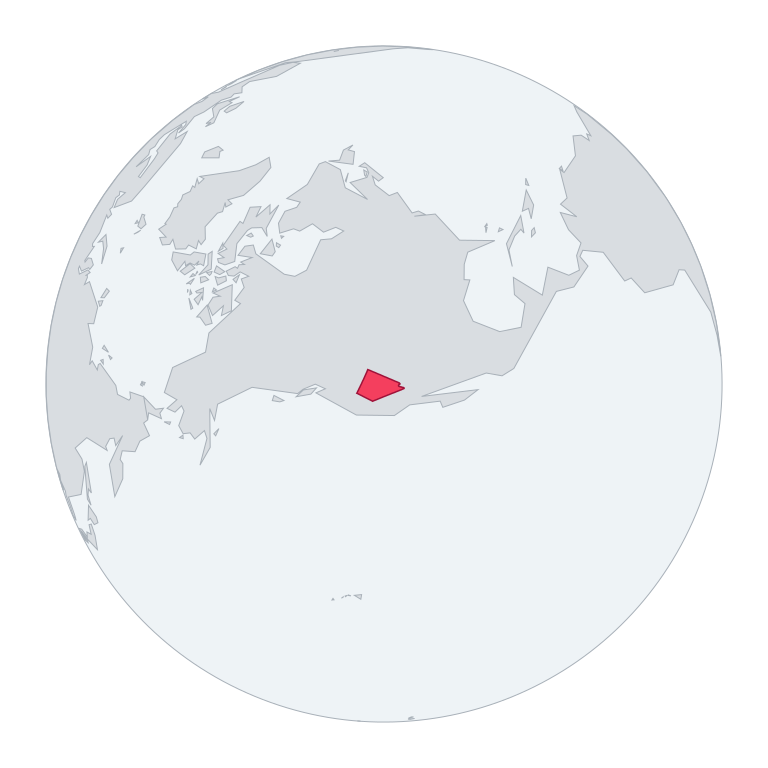 the Earth from above Nevada, rotated 294°
{"feature_id": "USA-3523", "entity_name": "Nevada", "entity_type": "State", "adm_level": 1, "iso_a3": "USA", "parent_name": "United States of America", "parent_adm1": "", "projection": "orthographic", "projection_center": [-115.554, 38.502], "detail": "fine", "context": "on_globe", "style": "filled", "palette": "rose", "viewbox_px": 768, "rotation_deg": 294, "n_neighbors": 0, "source": "natural_earth", "source_scale": "10m", "svg_char_len": 11597}
<svg xmlns="http://www.w3.org/2000/svg" viewBox="0 0 768 768"><g transform="rotate(294 384 384)"><circle cx="384" cy="384" r="338" fill="#eef3f6" stroke="#a8b0b8"/><path d="M91.0,544.4L91.9,546.4L91.0,544.4ZM670.3,563.5L668.0,567.1L666.2,569.8L652.4,589.4L637.1,607.9L620.6,625.3L619.5,626.3L619.1,626.7L598.1,645.4L575.6,662.3L551.8,677.3L553.7,676.2L546.3,680.4L564.1,668.4L582.6,653.3L610.4,612.4L608.4,607.1L592.2,607.8L573.4,585.1L581.4,566.7L576.0,562.0L593.5,530.7L587.0,511.2L580.2,511.1L574.7,522.4L549.9,518.0L538.7,503.8L451.0,496.3L439.5,488.5L435.6,472.9L387.9,423.4L417.1,472.2L402.1,464.1L386.6,447.2L391.2,442.3L375.4,416.0L359.4,406.3L344.4,371.4L348.2,325.4L355.8,332.4L355.9,321.3L346.3,312.2L340.1,309.0L327.3,264.8L297.9,240.2L281.8,244.0L290.7,234.8L255.4,251.0L235.0,248.9L262.3,244.4L268.4,238.9L256.7,233.5L260.5,226.8L256.9,220.7L262.5,213.4L278.0,212.3L281.8,207.9L273.3,204.5L273.5,195.7L285.4,201.2L286.9,186.8L313.1,184.2L340.5,208.0L359.4,203.3L399.1,220.2L399.8,213.6L415.3,217.0L421.9,210.9L427.4,216.6L427.9,207.0L421.6,203.1L419.8,197.7L423.0,194.0L430.6,200.3L430.1,203.1L434.0,203.1L436.4,207.9L437.1,203.5L445.9,212.1L442.2,198.3L453.3,200.9L457.8,208.1L450.8,214.0L443.7,248.2L446.1,258.8L456.5,267.0L490.0,267.5L495.3,277.0L507.4,285.0L507.5,276.2L498.1,267.0L501.3,253.5L489.4,244.8L489.0,238.3L479.4,227.4L488.0,222.2L501.5,223.3L509.9,232.4L516.1,233.5L513.9,219.8L535.1,232.8L558.7,235.3L563.3,240.0L562.1,256.9L547.5,268.8L545.9,293.9L554.3,271.1L565.8,284.4L570.8,284.2L574.4,280.1L572.8,272.8L578.3,276.4L572.2,299.4L567.1,296.5L569.1,288.9L562.3,295.0L558.2,312.1L564.4,318.3L551.7,340.1L556.0,345.1L555.6,353.1L549.6,343.5L560.1,361.7L546.1,394.5L560.1,427.0L538.5,406.9L526.0,408.6L511.9,414.7L514.0,420.1L492.5,422.7L477.6,439.9L478.9,468.3L491.6,486.2L514.8,480.1L518.7,466.8L534.0,458.8L529.6,492.5L557.4,486.2L558.5,508.6L567.5,516.2L579.7,507.7L593.0,506.6L600.0,489.8L612.4,475.3L615.2,492.1L620.1,472.1L628.4,475.6L651.5,457.3L650.4,462.5L670.3,466.1L687.5,455.8L691.5,462.9L689.9,472.4L694.9,467.5L694.9,472.0L710.9,449.6L715.6,444.4L713.1,459.9L704.6,490.3L697.3,510.5L685.0,537.6L670.3,563.5ZM177.9,450.4L178.9,442.9L182.5,449.2L177.9,450.4ZM176.8,437.3L177.0,440.0L176.3,437.5L176.8,437.3ZM174.5,434.7L176.2,436.6L174.0,435.2L174.5,434.7ZM171.0,432.2L173.0,433.3L172.7,433.4L171.0,432.2ZM562.0,438.8L593.5,440.4L578.8,450.5L581.0,446.1L572.4,443.2L557.3,443.6L543.5,453.4L562.0,438.8ZM166.5,426.1L165.5,424.3L167.4,424.6L166.5,426.1ZM569.0,414.5L563.7,415.6L568.4,413.1L569.0,414.5ZM336.6,308.9L345.8,312.8L353.0,323.9L345.0,321.3L336.6,308.9ZM323.4,288.7L328.8,288.1L328.2,299.3L325.3,296.1L323.4,288.7ZM269.3,248.8L276.1,251.3L268.2,251.3L269.3,248.8ZM255.5,221.1L252.4,222.8L251.9,219.0L255.5,221.1ZM475.4,231.1L477.4,229.4L478.1,232.3L475.4,231.1ZM469.3,228.3L468.8,233.0L465.8,232.4L466.2,229.5L469.3,228.3ZM259.8,204.6L260.0,198.5L262.5,204.5L259.8,204.6ZM470.8,222.7L460.6,230.8L455.5,229.8L452.7,218.0L470.8,222.7ZM261.8,194.8L261.9,180.7L255.1,182.7L274.6,169.7L268.0,185.5L272.2,192.4L266.2,191.1L261.8,194.8ZM418.2,203.5L425.0,207.5L416.3,207.7L418.2,203.5ZM413.0,205.0L388.8,214.8L380.4,207.6L390.2,205.5L376.8,199.5L384.6,191.1L393.7,192.5L397.6,198.7L397.6,190.9L413.0,205.0ZM285.3,165.2L287.7,162.0L288.2,165.2L285.3,165.2ZM418.3,195.6L414.2,198.0L406.6,191.8L413.5,186.0L413.7,189.8L418.3,195.6ZM369.5,202.3L365.1,197.1L370.2,188.7L369.1,185.6L384.1,190.3L369.5,202.3ZM417.1,189.4L417.2,183.3L423.8,183.0L421.9,192.9L417.1,189.4ZM401.7,192.8L398.4,189.7L402.5,189.5L401.7,192.8ZM447.2,179.4L442.4,181.8L438.0,178.7L447.2,179.4ZM416.8,181.1L414.5,181.3L412.2,180.5L413.6,176.6L416.8,181.1ZM386.6,184.3L389.7,182.1L380.8,181.9L384.2,176.1L393.6,180.4L391.0,176.1L392.0,174.3L398.5,180.0L386.6,184.3ZM408.2,170.4L421.3,174.7L431.1,170.5L435.3,173.1L418.7,179.4L408.2,170.4ZM401.9,175.5L406.8,172.8L409.5,177.0L407.9,181.4L401.9,175.5ZM383.2,170.7L375.5,178.5L373.7,177.3L383.2,170.7ZM410.5,168.3L407.3,167.4L410.9,167.5L410.5,168.3ZM391.0,168.9L388.5,171.7L386.5,170.3L391.0,168.9ZM403.0,163.4L407.2,164.6L406.3,167.5L403.0,163.4ZM397.0,165.2L395.0,162.6L403.4,167.8L396.3,166.6L397.0,165.2ZM389.5,167.1L387.6,167.2L390.9,166.1L389.5,167.1ZM404.2,152.0L415.0,157.9L412.9,164.1L402.7,157.5L404.2,152.0ZM709.4,292.9L707.7,288.7L700.9,269.1L694.1,256.3L642.3,172.1L637.5,163.4L603.9,127.5L600.8,124.8L619.7,141.8L637.2,160.2L653.3,179.8L667.8,200.6L680.8,222.5L692.1,245.2L701.6,268.7L709.4,292.9ZM511.2,70.9L512.9,71.6L515.0,72.5L539.1,83.8L562.2,96.9L568.1,102.8L574.9,106.7L570.5,102.2L573.3,104.1L573.8,104.4L574.5,104.9L580.2,108.9L579.3,108.3L583.2,114.0L600.6,129.7L632.7,159.0L640.8,170.0L643.0,177.1L621.3,160.7L605.7,138.3L597.8,133.5L592.3,135.7L588.1,129.1L583.9,127.6L577.2,120.0L559.3,108.9L551.2,102.0L536.0,97.9L529.7,94.2L540.5,97.4L543.6,96.5L522.5,82.0L516.0,79.3L507.8,78.1L503.0,74.9L497.8,75.7L481.6,69.2L497.0,78.2L487.8,78.5L473.6,75.3L473.3,77.4L496.4,82.7L503.2,83.6L504.5,81.5L525.3,86.9L534.3,92.0L523.0,93.5L534.6,101.5L520.8,100.3L466.8,84.7L448.5,79.0L435.4,65.7L444.4,65.5L453.6,69.9L452.6,64.3L449.1,65.4L445.1,63.2L435.3,63.9L432.0,62.4L428.2,66.1L423.1,64.3L425.6,62.0L406.7,62.8L393.8,60.7L391.1,61.7L391.9,63.4L375.1,60.4L373.8,61.3L378.9,62.6L379.7,65.6L374.6,70.0L369.0,68.6L370.1,66.8L364.1,61.7L367.8,57.9L365.1,57.9L360.5,61.0L367.8,67.1L366.3,70.2L361.5,67.2L363.1,68.5L360.6,69.7L353.0,69.9L357.7,73.3L337.8,91.2L321.0,94.3L318.9,89.0L299.2,102.9L281.8,107.1L286.5,108.0L280.2,116.4L285.5,115.1L287.3,116.3L273.6,139.6L266.1,144.8L265.5,157.6L267.9,158.3L273.4,155.1L274.6,169.7L255.1,182.7L250.6,180.3L241.4,190.8L232.5,184.2L220.9,184.1L216.5,172.0L207.7,173.7L205.1,177.8L191.2,183.9L171.6,183.9L198.9,165.8L230.6,166.2L218.6,164.0L224.8,159.4L222.5,155.7L213.8,155.1L210.7,158.1L214.1,134.3L199.9,127.9L192.6,138.6L182.4,145.8L159.9,152.2L152.4,141.7L138.7,154.5L134.1,158.3L137.7,153.2L144.5,147.3L153.1,138.7L156.4,136.7L164.4,127.8L169.5,124.6L173.2,120.1L165.7,126.1L156.7,134.5L157.5,133.2L175.6,118.0L194.7,104.1L214.8,91.5L235.6,80.4L257.2,70.8L279.5,62.7L302.2,56.1L325.4,51.2L348.8,47.9L372.4,46.3L396.0,46.3L419.6,48.0L443.1,51.3L466.2,56.2L488.9,62.8L511.2,70.9ZM667.3,202.9L670.4,207.1L667.3,202.9ZM652.1,456.5L655.2,457.5L651.8,460.6L652.1,456.5ZM578.4,458.9L584.3,456.4L587.9,457.6L583.7,460.8L578.4,458.9ZM623.8,432.3L629.7,429.8L624.3,435.5L623.8,432.3ZM598.1,440.1L619.1,435.0L608.4,447.9L594.8,451.3L603.2,444.6L598.1,440.1ZM569.6,426.5L573.6,426.0L573.5,429.9L569.6,426.5ZM572.3,412.7L571.0,413.8L568.3,411.9L572.3,412.7ZM566.2,283.0L566.9,281.3L571.3,278.5L570.8,282.5L566.2,283.0ZM581.2,251.8L589.7,258.4L583.3,256.1L584.3,262.5L572.1,266.4L565.1,242.6L570.4,252.4L581.2,251.8ZM553.9,266.0L562.4,265.5L553.3,267.1L553.9,266.0ZM567.7,129.9L568.3,127.0L575.0,130.2L585.2,141.2L575.6,136.5L567.7,129.9ZM567.4,122.5L553.4,122.3L546.4,116.2L552.7,119.5L549.5,115.5L558.8,119.9L565.9,115.2L572.3,117.9L587.7,135.3L579.2,127.8L579.2,130.7L567.4,122.5ZM529.7,139.5L523.5,141.3L516.5,125.5L523.1,125.8L533.7,136.1L532.2,141.9L529.7,139.5ZM467.9,201.3L466.0,204.4L463.9,202.5L463.8,198.2L467.9,201.3ZM445.3,180.8L474.0,186.3L473.3,189.9L491.0,189.8L496.0,199.5L484.4,199.1L501.4,207.0L492.9,210.6L504.7,215.1L478.3,213.1L471.3,217.3L477.2,208.8L472.8,199.6L468.8,196.8L452.4,192.5L435.2,197.8L428.1,190.2L427.7,183.4L430.7,181.0L434.4,186.5L435.8,179.3L443.4,185.6L445.3,180.8ZM426.6,119.5L429.6,125.2L433.8,115.2L441.4,120.0L441.4,118.6L449.6,120.4L459.5,120.5L462.0,123.4L464.8,122.3L470.3,123.8L474.9,123.3L481.0,128.6L487.2,128.6L486.6,131.2L495.6,129.8L491.6,133.3L498.3,136.1L498.7,131.3L520.0,165.0L532.1,177.7L544.4,186.9L535.8,192.6L518.8,188.2L499.2,179.0L488.8,166.5L486.8,171.8L481.3,167.5L485.2,165.1L475.8,166.4L472.3,162.3L454.9,156.6L443.6,161.9L436.9,160.2L439.6,156.2L431.1,157.5L431.5,149.0L426.8,147.9L422.5,138.7L430.3,132.3L424.4,131.5L420.9,125.0L426.6,119.5ZM403.4,149.3L411.0,139.6L418.9,137.7L423.1,154.6L427.4,156.8L430.3,168.4L418.7,171.1L419.0,167.4L416.5,164.6L421.1,164.9L415.5,162.6L415.7,157.6L411.4,154.6L415.1,152.2L403.4,149.3ZM592.8,118.3L593.1,118.6L591.9,117.6L592.8,118.3ZM596.3,122.5L592.8,119.5L598.0,122.9L601.2,125.8L596.3,122.5ZM586.5,115.5L592.2,119.1L591.1,118.9L586.5,115.5ZM536.8,95.0L532.6,92.4L533.9,92.2L538.2,93.8L536.8,95.0ZM440.7,94.0L441.1,96.8L438.8,96.7L433.1,101.6L427.0,98.9L428.1,94.9L440.7,94.0ZM433.1,91.9L431.5,94.1L429.4,91.4L433.1,91.9ZM422.3,97.3L419.1,94.5L425.6,99.2L422.3,97.3ZM378.8,77.2L393.5,72.8L400.1,69.0L397.4,65.4L407.5,69.2L397.3,74.9L378.8,77.2ZM343.4,89.3L345.8,93.3L340.7,93.6L339.4,92.7L343.4,89.3ZM347.8,90.3L358.5,91.8L357.1,95.3L349.0,93.4L347.8,90.3ZM396.2,89.9L401.0,88.6L402.5,90.7L396.2,89.9ZM87.6,542.2L90.9,548.0L88.3,544.3L87.6,542.2ZM91.8,546.3L88.6,542.2L91.0,544.4L91.8,546.3ZM65.7,497.6L65.4,496.7L66.5,499.7L65.7,497.6ZM119.3,176.4L123.6,172.0L120.9,176.6L118.7,178.3L119.3,176.4ZM116.1,189.6L121.6,176.4L126.7,167.0L122.5,172.1L119.0,175.1L128.1,164.4L128.4,166.9L123.6,175.2L128.0,172.8L127.6,177.6L135.5,171.8L137.0,173.5L128.3,181.5L116.1,189.6ZM139.2,169.1L153.0,163.4L145.6,175.2L140.9,179.1L137.7,176.5L141.8,170.4L139.2,169.1ZM154.1,165.7L158.2,159.9L187.0,144.2L191.3,144.0L165.4,161.0L167.9,156.7L162.1,158.8L154.1,165.7ZM284.2,161.8L287.3,162.0L283.9,164.0L284.2,161.8ZM290.4,115.5L292.2,117.4L288.1,119.4L290.4,115.5ZM295.1,124.2L298.4,120.6L297.2,125.0L295.1,124.2ZM305.5,112.6L300.9,119.4L302.0,112.2L305.5,112.6Z" fill="#d9dde1" stroke="#a8b0b8" stroke-width="1"/><path d="M390.6,363.3L390.6,364.2L390.7,365.2L390.7,366.1L390.7,367.0L390.7,367.9L390.7,368.8L390.7,369.8L390.8,370.7L390.8,371.6L390.8,372.5L390.8,373.4L390.8,374.4L390.8,375.3L390.9,376.2L390.9,377.1L390.9,378.0L390.9,379.0L390.9,379.9L390.9,380.8L390.9,381.7L391.0,382.7L391.0,383.6L391.0,384.5L391.0,385.4L391.0,386.3L391.0,387.3L391.1,388.2L391.1,389.1L391.1,390.0L391.1,390.9L391.1,391.9L391.1,392.8L391.1,393.0L391.1,393.5L391.1,393.8L391.2,394.2L391.2,394.6L391.2,395.0L391.2,395.4L391.2,395.8L391.2,396.1L391.2,396.5L391.2,397.0L391.2,397.4L391.2,397.5L391.0,397.8L390.9,398.2L390.8,398.4L390.7,398.5L390.4,398.6L390.2,398.5L390.1,398.4L389.9,398.1L389.8,397.9L389.7,397.9L389.4,397.9L389.4,398.0L389.2,397.9L388.8,397.8L388.7,397.8L388.4,397.9L388.2,398.0L388.0,398.3L388.0,398.5L387.9,398.7L387.9,398.8L387.9,399.0L388.0,399.1L388.2,399.4L388.2,399.5L388.1,399.8L388.1,400.1L388.1,400.3L388.3,400.8L388.3,401.0L388.4,401.3L388.3,401.6L388.3,401.8L388.4,402.1L388.6,402.4L388.6,402.5L388.6,402.8L388.7,403.1L388.7,403.4L388.7,403.5L388.6,403.8L388.4,403.8L388.5,404.0L388.4,404.3L388.5,404.5L387.6,403.8L386.7,402.9L385.7,402.1L384.9,401.2L384.1,400.5L383.3,399.7L382.6,399.0L381.8,398.2L381.0,397.5L380.3,396.8L379.5,396.0L378.8,395.2L377.9,394.4L377.1,393.6L376.2,392.8L375.4,391.9L374.5,391.1L373.7,390.3L372.8,389.4L372.0,388.6L370.9,387.6L369.9,386.6L368.8,385.6L367.8,384.6L366.7,383.6L365.7,382.6L364.7,381.6L363.6,380.6L363.7,380.2L363.7,379.1L363.8,378.0L363.8,376.9L363.9,375.9L363.9,374.8L364.0,373.7L364.0,372.6L364.1,371.5L364.1,370.5L364.2,369.4L364.3,368.3L364.3,367.2L364.4,366.1L364.4,365.1L364.5,364.0L364.5,362.9L365.3,363.0L366.2,363.0L367.0,363.0L367.8,363.1L368.6,363.1L369.4,363.1L370.2,363.1L371.1,363.2L371.9,363.2L372.7,363.2L373.5,363.2L374.3,363.3L375.1,363.3L376.0,363.3L376.8,363.3L377.6,363.3L378.4,363.3L379.2,363.4L380.0,363.4L380.9,363.4L381.7,363.4L382.5,363.4L383.3,363.4L384.1,363.4L384.9,363.4L385.7,363.4L386.6,363.4L387.4,363.4L388.2,363.4L389.0,363.4L389.8,363.3L390.6,363.3Z" fill="#f43f5e" stroke="#9f1239" stroke-width="1.5"/></g></svg>